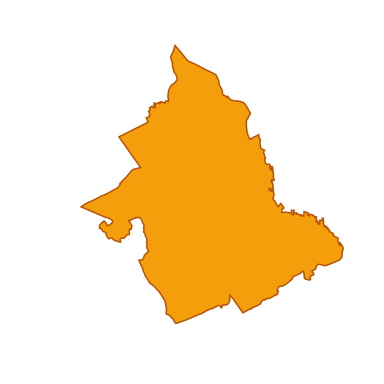 Phra Nakhon Si Ayutthaya, Phra Nakhon Si Ayutthaya, Thailand (Equal Earth projection), rotated 150°
{"feature_id": "78962969B15942215938926", "entity_name": "Phra Nakhon Si Ayutthaya", "entity_type": "district", "adm_level": 2, "iso_a3": "THA", "parent_name": "Thailand", "parent_adm1": "Phra Nakhon Si Ayutthaya", "projection": "equal_earth", "projection_center": [100.553, 14.343], "detail": "fine", "context": "isolated", "style": "filled", "palette": "amber", "viewbox_px": 384, "rotation_deg": 150, "n_neighbors": 0, "source": "geoboundaries", "source_scale": "gbopen_adm2", "svg_char_len": 5957}
<svg xmlns="http://www.w3.org/2000/svg" viewBox="0 0 384 384"><g transform="rotate(150 192 192)"><path d="M105.8,228.7L101.9,231.0L102.1,233.4L101.9,236.4L102.0,239.6L102.3,242.6L103.4,244.5L104.7,246.2L106.6,247.5L107.7,248.6L108.6,248.9L109.8,250.0L110.7,250.4L111.4,251.7L112.6,252.5L113.1,255.6L113.2,257.0L113.4,257.1L114.2,256.2L114.5,256.3L115.1,258.8L115.6,259.5L116.2,259.7L116.5,260.7L116.5,261.8L115.5,263.5L115.0,265.5L114.8,267.9L114.8,270.2L114.5,272.3L113.6,273.8L113.4,274.6L112.8,278.9L112.6,281.2L114.0,283.8L119.6,292.0L125.5,301.4L130.1,307.6L131.6,317.5L133.1,325.2L133.4,327.3L134.2,326.7L137.5,323.5L142.5,320.0L143.3,318.8L144.4,313.8L144.9,312.2L146.1,310.7L147.5,305.2L147.6,304.6L147.3,302.9L147.3,300.9L147.8,298.4L148.6,297.2L149.5,296.4L151.6,295.4L154.9,294.8L156.8,294.7L160.1,292.7L161.0,291.8L161.5,291.6L164.9,287.0L165.7,285.2L166.6,282.9L166.9,282.4L167.4,282.4L167.6,282.9L168.7,283.8L169.0,283.9L170.6,283.2L170.9,282.5L171.1,282.4L171.7,283.5L172.3,284.0L172.8,284.8L173.7,285.7L174.8,285.9L175.0,285.6L175.1,284.7L175.6,284.6L176.0,285.9L176.2,286.0L178.4,286.3L179.6,286.2L179.8,286.4L179.7,287.6L180.2,288.0L180.3,287.8L180.4,287.1L181.0,286.9L181.5,286.2L181.5,285.8L180.7,285.6L180.7,285.2L180.9,284.8L181.5,284.5L181.7,283.7L182.3,283.7L183.0,284.3L183.3,285.0L183.6,286.3L185.4,286.1L186.6,286.3L186.8,285.9L187.2,284.0L189.4,283.6L189.3,281.8L190.2,279.8L190.4,279.2L192.8,278.7L194.4,279.2L195.2,274.4L227.7,276.3L224.3,238.9L231.0,240.8L233.2,240.9L240.6,238.1L249.9,235.5L250.3,235.2L250.2,234.6L251.7,233.8L253.6,233.1L255.6,232.8L267.1,233.1L273.4,233.9L281.6,234.2L287.3,234.9L291.2,234.9L295.5,234.6L280.2,214.1L276.7,210.3L275.5,208.3L275.4,205.7L275.7,205.4L277.3,205.3L278.8,204.7L281.6,205.0L281.9,205.2L282.1,205.8L282.2,207.1L282.0,208.3L282.2,209.7L282.8,210.9L286.9,210.1L287.8,209.6L288.6,209.4L289.3,208.5L289.8,207.1L290.2,207.1L290.3,206.8L289.3,206.1L288.7,202.3L288.3,201.6L287.2,200.7L287.1,200.2L287.1,199.4L287.9,197.6L287.7,194.0L287.4,193.2L286.8,192.8L285.2,192.8L284.6,192.6L284.3,191.9L283.5,189.1L279.6,184.8L278.7,184.3L278.1,186.7L277.7,187.1L276.8,187.4L275.7,187.2L274.5,186.3L273.7,186.0L269.8,187.4L269.1,187.4L268.0,186.6L267.1,186.9L266.2,189.0L265.1,190.6L264.5,190.8L263.4,190.0L262.4,191.3L260.9,192.6L261.0,194.4L260.9,196.4L261.2,198.0L261.1,198.8L260.8,199.1L259.2,198.1L257.2,198.3L254.7,197.7L253.4,197.9L252.8,197.4L252.0,197.3L250.2,195.9L249.7,194.2L249.6,193.3L250.1,189.8L250.0,187.5L251.4,185.3L252.1,184.6L252.4,183.4L253.9,181.6L253.9,180.8L253.5,179.5L254.3,177.5L254.4,175.3L255.0,172.8L256.5,171.3L257.0,168.8L258.4,167.7L258.7,167.2L259.1,165.9L259.3,163.1L259.2,162.3L264.5,161.2L265.5,160.4L266.5,159.3L268.7,158.3L269.3,158.3L272.0,159.5L272.5,156.8L272.9,151.2L273.8,147.5L273.9,145.2L274.4,142.4L274.4,140.8L274.1,138.0L274.2,134.7L273.8,133.4L272.6,131.0L271.8,128.7L270.9,124.2L270.2,121.3L269.9,112.7L270.2,110.1L272.0,104.8L274.3,100.7L275.2,100.0L275.0,98.7L273.4,96.9L272.8,94.8L271.9,90.9L272.1,88.7L271.7,86.2L261.5,84.2L248.8,82.7L244.7,81.9L238.7,81.9L233.9,81.4L232.6,80.8L225.7,80.6L225.4,80.3L224.8,79.2L224.6,78.5L224.8,77.3L224.3,76.9L224.0,77.1L223.4,78.1L222.8,78.2L222.1,78.9L221.7,78.8L220.9,78.0L217.5,76.8L216.6,77.4L215.7,77.5L214.2,78.6L213.3,79.4L212.7,80.4L212.1,81.7L210.8,83.6L210.4,82.2L209.8,79.0L208.3,61.8L201.8,61.8L199.6,61.3L195.6,61.4L192.6,60.9L189.4,60.9L188.1,61.1L187.4,62.0L184.9,63.1L183.6,62.3L179.2,61.8L177.8,61.0L172.5,61.1L169.1,60.6L168.6,61.9L166.8,62.7L167.4,64.6L166.2,65.4L165.6,65.6L164.7,66.5L164.1,66.5L162.0,65.9L160.4,65.2L157.3,65.1L153.7,65.6L149.2,66.4L147.3,67.6L146.1,68.0L139.1,67.3L138.4,67.8L135.1,67.7L136.6,63.3L137.6,61.9L137.7,60.8L137.5,60.2L135.9,58.3L133.6,56.7L132.7,57.2L132.6,58.2L132.3,59.0L131.4,59.9L129.0,59.5L127.8,59.7L127.3,60.5L127.3,61.1L127.7,62.0L127.9,62.7L127.7,63.5L125.0,63.4L123.5,63.6L122.7,64.1L120.8,66.1L118.4,65.9L117.6,65.6L114.2,62.0L111.5,61.0L98.5,59.3L95.1,60.4L94.4,61.0L93.9,61.6L93.7,62.3L92.2,64.5L89.6,67.1L88.8,69.0L89.1,73.3L90.3,72.1L91.0,73.1L89.7,75.0L90.4,76.3L88.5,79.0L91.2,83.3L91.1,83.5L91.4,83.9L90.4,85.5L92.6,88.6L92.2,89.0L92.6,89.6L92.1,90.5L92.6,91.3L92.4,91.6L92.8,92.2L92.4,92.7L93.0,93.3L92.8,93.6L93.4,94.3L92.8,95.1L93.3,95.6L93.8,94.8L94.3,95.6L94.1,95.8L94.6,96.4L94.3,96.9L94.6,97.3L94.0,98.2L94.1,98.7L92.7,100.9L92.9,101.2L91.5,103.4L92.3,104.2L93.5,102.3L95.4,103.6L97.6,100.3L98.7,101.3L98.3,101.8L98.6,102.0L97.5,103.7L98.2,104.5L98.9,103.4L99.4,104.0L96.7,108.1L97.2,108.6L97.6,108.2L98.2,108.9L97.9,109.2L98.7,110.1L98.3,110.6L99.0,111.8L101.3,114.1L102.3,112.7L103.3,114.1L102.0,116.0L104.7,119.0L107.3,115.3L107.5,115.3L108.5,116.4L108.7,117.0L108.5,117.4L108.8,117.7L109.4,116.9L110.0,118.1L111.3,119.9L111.8,121.2L112.0,120.9L112.3,121.6L112.7,121.1L113.9,122.5L113.6,123.2L113.8,123.5L112.8,125.0L113.1,125.4L115.4,121.8L116.1,122.4L116.2,122.1L116.8,123.0L114.7,126.2L115.0,126.5L116.4,124.1L120.8,127.5L122.5,128.6L124.6,129.4L124.1,130.4L122.9,131.9L120.5,132.1L120.3,133.0L120.5,133.5L120.5,135.6L120.8,136.4L120.9,137.8L124.5,136.2L124.9,137.9L125.0,138.9L124.7,141.6L125.2,143.8L125.3,146.0L123.0,147.7L121.0,151.6L121.9,152.6L123.9,154.2L123.7,154.9L124.0,155.2L123.5,156.2L122.2,155.3L121.4,154.1L120.4,153.4L119.7,155.1L118.9,156.8L118.7,156.8L117.6,160.0L118.5,160.7L117.2,162.6L116.7,161.6L116.3,162.1L116.0,161.7L115.6,162.1L114.9,161.3L114.7,161.9L114.1,163.1L114.4,164.1L113.3,165.2L109.7,173.6L110.4,174.1L112.0,170.5L112.4,170.9L111.4,172.8L111.7,173.0L111.8,172.9L112.8,173.1L112.6,174.6L111.7,174.9L111.1,175.4L110.9,177.2L111.9,177.7L114.1,179.6L112.6,184.4L111.6,184.2L110.2,190.7L108.2,192.0L109.5,193.3L109.9,194.5L110.5,195.7L108.9,199.9L106.6,203.5L106.6,204.3L107.1,204.9L106.2,206.6L105.6,208.3L115.4,208.7L115.6,209.9L115.3,212.3L114.2,216.9L113.1,219.1L112.6,220.5L109.6,226.2L109.0,226.9L107.1,227.5L105.8,228.7Z" fill="#f59e0b" stroke="#b45309" stroke-width="1.5"/></g></svg>